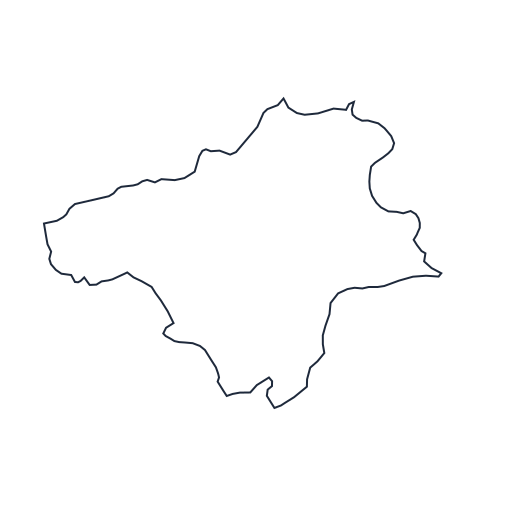 Gugark, Lori, Armenia (Mercator projection), rotated 148°
{"feature_id": "60910142B58118729111038", "entity_name": "Gugark", "entity_type": "district", "adm_level": 2, "iso_a3": "ARM", "parent_name": "Armenia", "parent_adm1": "Lori", "projection": "mercator", "projection_center": [44.544, 40.817], "detail": "fine", "context": "isolated", "style": "outline", "palette": "slate", "viewbox_px": 512, "rotation_deg": 148, "n_neighbors": 0, "source": "geoboundaries", "source_scale": "gbopen_adm2", "svg_char_len": 2173}
<svg xmlns="http://www.w3.org/2000/svg" viewBox="0 0 512 512"><g transform="rotate(148 256 256)"><path d="M91.3,334.8L96.6,335.5L102.2,332.2L103.1,333.0L112.1,339.9L127.9,344.1L139.9,350.0L145.6,355.6L149.9,364.7L149.4,371.6L149.2,375.0L157.6,372.4L168.5,374.5L173.8,373.4L186.4,364.8L217.9,354.7L224.2,355.7L231.1,364.7L238.8,368.8L241.9,373.0L245.7,373.6L251.2,370.8L263.3,360.0L275.4,360.0L284.7,363.4L295.5,371.3L302.7,372.0L308.0,378.2L312.8,379.6L318.3,379.5L322.8,380.9L333.6,386.1L337.7,386.4L343.6,384.6L349.2,384.7L382.0,396.0L389.2,394.9L394.8,391.8L398.9,391.1L406.2,391.4L418.6,395.9L423.7,383.6L426.6,376.4L427.4,368.3L432.8,363.1L434.2,357.7L433.1,350.3L430.4,344.1L422.8,337.8L423.3,329.9L420.8,328.0L417.9,327.8L413.0,328.9L412.4,319.6L406.5,316.3L400.4,316.3L394.3,313.6L390.2,312.3L376.8,310.6L373.9,310.3L371.2,302.8L366.4,295.3L360.9,285.1L360.9,277.6L360.2,268.8L360.2,261.9L360.2,255.8L361.5,242.8L365.5,242.8L370.3,242.8L375.7,239.4L375.0,236.0L372.3,231.2L370.3,227.1L366.8,223.7L362.1,220.3L355.9,215.6L351.2,209.4L349.1,203.3L349.1,199.2L349.1,191.7L349.0,182.8L350.3,176.9L350.4,176.7L350.6,175.8L351.7,172.6L355.1,169.8L355.1,165.1L355.1,158.9L355.0,152.8L348.9,151.4L342.1,148.7L333.2,143.3L323.7,146.1L315.5,146.1L309.4,146.1L308.7,141.3L311.4,137.2L316.9,136.5L320.9,131.7L320.9,123.5L320.9,117.4L314.1,116.0L309.3,116.1L298.4,116.1L282.1,118.2L278.0,124.4L269.2,132.6L259.7,134.1L249.5,137.5L246.1,145.7L241.4,153.3L234.0,160.1L224.5,167.7L217.7,176.6L206.2,180.8L196.0,179.5L189.2,176.8L183.0,172.1L176.9,170.0L169.4,165.3L163.2,162.6L147.6,159.3L133.9,155.3L122.3,149.2L112.1,141.8L108.0,143.2L113.5,152.7L116.3,162.3L110.9,168.5L113.0,172.5L113.7,180.0L113.7,186.2L108.3,188.9L106.4,190.3L102.2,193.1L99.6,197.2L98.2,202.0L98.3,206.8L101.0,212.2L108.5,214.2L113.3,218.9L120.1,223.7L124.3,231.1L125.7,237.3L125.7,245.5L123.7,253.0L120.4,259.1L116.4,264.6L115.6,265.5L111.0,270.8L106.1,271.9L105.0,272.0L96.0,272.3L89.3,273.0L83.8,274.4L79.1,278.5L77.8,286.0L78.8,293.2L79.3,296.3L82.0,303.7L87.0,309.1L89.1,311.4L89.6,311.8L94.3,314.5L97.8,320.0L99.2,324.7L97.1,329.5L91.3,334.8Z" fill="none" stroke="#1e293b" stroke-width="2"/></g></svg>